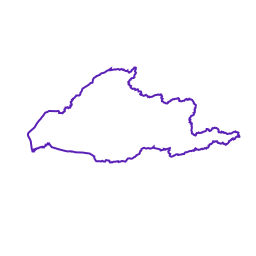 outline of Ta Veaeng, Rôtânôkiri, Cambodia, rotated 62°
{"feature_id": "14789045B64125639781639", "entity_name": "Ta Veaeng", "entity_type": "district", "adm_level": 2, "iso_a3": "KHM", "parent_name": "Cambodia", "parent_adm1": "Rôtânôkiri", "projection": "natural_earth1", "projection_center": [107.276, 14.308], "detail": "fine", "context": "isolated", "style": "outline", "palette": "violet", "viewbox_px": 256, "rotation_deg": 62, "n_neighbors": 0, "source": "geoboundaries", "source_scale": "gbopen_adm2", "svg_char_len": 5777}
<svg xmlns="http://www.w3.org/2000/svg" viewBox="0 0 256 256"><g transform="rotate(62 128 128)"><path d="M142.2,171.7L143.2,170.5L143.5,169.4L145.0,167.3L144.8,166.5L145.0,165.9L146.1,165.4L146.9,164.0L146.0,162.5L148.1,159.8L149.7,160.2L150.0,160.0L150.6,158.8L150.5,158.3L151.0,157.9L150.9,156.8L151.9,154.8L152.3,153.3L152.7,152.3L153.6,152.4L153.7,152.1L153.6,151.6L154.1,150.6L154.3,148.7L156.5,146.0L154.9,142.6L155.4,141.0L156.6,139.7L156.9,138.7L156.9,137.3L156.6,136.6L156.8,135.3L156.5,134.8L156.4,133.7L156.0,133.3L156.2,130.3L155.9,129.5L155.1,129.1L154.7,128.4L154.2,128.1L154.2,127.0L152.9,126.0L152.9,123.7L153.1,123.0L154.7,121.7L155.3,119.3L156.6,118.3L157.1,115.8L156.6,114.1L157.4,114.5L158.0,114.3L160.9,110.8L162.1,109.7L163.1,109.8L163.3,109.5L163.3,108.6L163.7,107.9L163.6,106.8L164.2,106.0L163.4,105.9L164.7,104.3L165.4,100.4L165.7,100.5L166.1,101.4L167.2,101.8L167.4,103.3L167.7,103.5L169.2,103.8L170.7,102.9L171.2,103.6L172.1,104.2L173.2,103.7L173.7,103.2L174.0,101.5L173.8,100.7L174.1,100.0L173.9,97.8L174.6,96.4L175.3,96.5L175.6,96.0L175.7,95.3L176.6,92.8L176.6,91.9L177.3,90.6L176.5,89.5L176.4,88.6L177.0,87.5L177.4,83.8L178.2,82.8L178.2,81.1L179.1,80.6L179.0,79.6L178.7,79.7L178.3,79.4L177.6,78.0L178.5,77.4L179.4,77.3L180.2,75.9L180.6,75.7L181.0,73.9L180.8,73.0L181.1,72.4L181.5,72.3L181.5,71.6L182.0,70.9L181.8,69.5L182.9,68.6L182.4,67.7L182.9,67.0L182.8,66.3L182.4,65.6L181.4,65.1L181.6,64.6L180.9,63.7L181.1,63.5L180.9,62.2L181.2,61.9L180.7,60.1L179.7,59.0L179.9,58.6L180.8,58.2L180.8,57.2L181.0,57.0L181.4,55.7L182.3,55.8L182.7,55.4L183.3,55.6L184.3,54.6L184.4,54.1L185.4,53.5L185.7,52.5L185.4,51.2L186.6,50.7L187.0,50.9L187.8,50.1L188.7,49.6L188.2,48.8L188.6,48.2L188.3,46.6L187.6,45.2L187.0,45.0L187.1,42.7L186.6,42.2L186.4,40.8L186.4,40.4L187.0,40.6L187.7,40.4L187.7,38.4L186.9,37.6L186.6,36.0L186.8,35.5L187.2,35.4L187.9,34.2L188.1,33.8L187.8,33.6L186.5,33.4L185.5,33.9L184.3,33.1L184.1,32.7L183.8,32.8L182.9,33.6L182.4,34.6L181.5,34.7L181.5,35.4L181.1,36.4L181.3,39.5L181.0,40.3L180.5,40.7L180.0,43.1L178.0,44.2L177.5,45.5L176.7,45.5L176.3,45.7L176.2,46.3L175.4,46.9L176.0,47.3L175.6,48.3L175.0,48.6L174.4,49.8L173.8,49.9L172.7,49.1L171.4,49.0L169.5,49.9L169.1,50.7L168.7,50.9L168.3,51.7L168.4,52.7L167.8,53.4L169.2,55.9L169.0,57.4L168.2,57.7L167.3,57.4L166.1,58.4L165.8,59.0L166.6,59.4L167.2,61.0L166.6,63.7L166.9,64.4L166.5,65.1L166.6,65.8L166.1,67.1L165.1,67.8L165.4,68.8L164.7,69.7L165.4,71.1L166.0,71.2L166.3,71.9L165.0,73.1L163.4,73.5L162.8,74.1L160.8,73.2L159.7,73.2L158.4,71.9L156.8,71.0L156.3,71.1L154.0,69.5L153.8,69.5L153.6,70.2L153.3,69.9L151.9,70.8L151.6,69.8L151.0,69.7L150.5,70.1L149.7,70.1L149.4,69.8L149.5,69.2L148.8,69.4L148.6,68.9L148.0,68.6L148.0,68.0L146.9,66.3L147.3,65.0L147.1,63.6L146.3,63.2L146.0,62.7L145.6,62.8L145.7,62.1L145.3,61.5L144.4,61.3L144.2,60.8L143.3,60.8L142.9,60.5L142.6,59.9L142.0,59.7L142.0,59.0L139.5,57.3L137.3,58.4L136.6,57.9L133.3,58.2L132.4,58.9L131.8,60.0L131.1,59.9L130.8,60.3L131.3,61.6L131.0,62.4L130.1,62.4L129.8,62.6L129.8,64.2L130.4,65.5L129.9,66.2L129.6,68.1L128.4,69.9L127.9,70.1L127.6,69.5L126.1,69.2L125.2,69.6L125.3,70.5L125.0,70.7L124.9,71.6L124.3,73.0L124.3,73.8L123.6,74.6L123.8,75.3L123.7,77.6L124.1,77.8L124.2,78.5L123.9,80.2L124.6,80.9L124.7,82.0L124.3,82.2L123.9,83.1L122.8,83.8L122.3,84.4L121.2,84.6L120.3,85.5L118.9,84.8L118.5,83.7L116.9,84.5L116.5,84.1L116.2,83.1L114.1,82.9L113.8,83.2L113.6,83.5L113.9,84.2L113.4,84.5L113.0,85.4L112.4,85.9L112.4,87.1L111.7,88.5L111.7,92.3L111.0,93.7L111.0,94.4L110.3,94.5L110.1,95.8L108.6,95.8L107.7,96.7L107.1,96.7L107.1,98.8L106.7,99.4L105.6,99.9L104.8,101.1L103.8,101.4L103.5,99.8L101.8,99.5L100.6,101.6L99.9,101.3L98.4,101.2L97.9,103.7L96.7,103.5L96.6,103.8L95.9,104.3L95.9,105.0L95.6,105.7L93.4,106.7L93.0,106.5L92.3,105.6L91.2,106.6L90.5,106.5L89.7,107.0L88.9,106.3L88.8,105.9L88.4,106.0L88.3,106.4L87.5,106.2L87.1,104.8L86.6,104.2L86.3,103.1L86.5,102.8L86.0,102.3L85.7,101.4L86.5,99.6L86.2,99.0L86.2,98.5L85.2,98.2L84.3,97.4L83.1,95.1L81.0,95.2L79.9,93.7L78.5,92.8L77.8,93.4L77.6,94.1L78.4,95.5L78.5,97.3L79.6,98.6L79.4,99.6L79.6,101.0L78.5,101.2L77.7,101.8L77.2,101.6L77.3,101.9L76.6,103.2L75.6,104.0L74.4,104.3L74.5,105.1L73.6,105.7L73.0,105.8L72.7,107.1L72.8,108.0L71.4,108.8L70.4,111.9L70.0,112.1L68.8,116.2L67.5,115.2L67.8,118.3L67.6,119.6L68.0,122.3L67.8,124.0L67.3,125.4L67.4,127.2L67.9,128.2L67.6,129.2L67.6,130.9L67.3,131.4L67.7,132.3L67.8,134.7L68.9,136.3L70.3,137.2L71.3,138.2L70.7,139.9L71.4,142.3L71.9,149.6L73.9,151.9L74.8,153.7L75.7,154.1L76.4,155.3L76.4,155.8L75.1,158.2L75.4,158.4L75.4,159.4L76.2,160.9L76.3,162.8L77.0,163.2L76.7,163.8L76.8,164.4L77.2,164.4L78.1,165.2L78.1,166.2L78.7,166.7L79.9,166.4L80.4,166.7L81.1,166.8L81.0,168.2L81.8,168.1L82.7,169.3L82.3,169.5L82.5,171.2L82.0,171.3L81.8,171.8L81.3,171.7L81.2,172.5L80.6,173.6L81.7,174.5L81.7,175.2L82.1,175.3L82.2,175.6L83.4,175.8L83.7,176.6L83.4,177.5L84.2,178.5L84.1,179.2L83.2,180.1L82.4,181.8L81.1,181.2L80.2,181.6L79.6,183.3L75.9,189.7L76.0,191.9L75.6,193.9L77.6,197.7L78.1,199.3L79.0,200.8L79.6,202.9L81.3,206.5L83.6,210.2L85.2,217.0L85.7,218.3L86.3,219.1L87.9,219.9L88.8,219.8L89.9,220.0L91.2,219.8L94.1,220.1L100.7,222.6L103.9,223.3L104.5,222.1L104.0,221.9L104.0,221.4L103.2,221.7L102.7,220.9L103.3,220.1L103.1,219.5L103.6,219.2L103.2,217.6L103.8,216.8L103.6,215.4L103.9,214.6L103.9,213.5L104.4,213.0L104.4,212.2L104.5,212.1L105.0,212.5L105.3,212.0L105.2,211.6L105.6,211.3L105.1,210.8L105.2,209.2L104.8,209.0L104.6,208.3L104.2,208.3L105.1,206.2L104.9,206.1L104.5,206.4L104.1,206.3L104.0,206.1L104.7,205.9L104.5,205.0L109.0,204.4L114.6,198.8L119.4,193.5L120.5,192.0L121.7,189.3L122.5,188.8L122.8,187.9L124.8,185.8L128.3,179.7L132.6,173.8L137.3,171.1L138.2,171.7L139.8,171.9L142.2,171.7Z" fill="none" stroke="#5b21b6" stroke-width="2"/></g></svg>